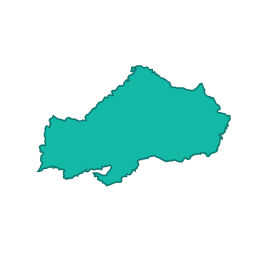 Bondo, Orientale, Democratic Republic of the Congo, rotated 339°
{"feature_id": "63176286B80368275017521", "entity_name": "Bondo", "entity_type": "district", "adm_level": 2, "iso_a3": "COD", "parent_name": "Democratic Republic of the Congo", "parent_adm1": "Orientale", "projection": "albers", "projection_center": [23.994, 4.253], "detail": "fine", "context": "isolated", "style": "filled", "palette": "teal", "viewbox_px": 256, "rotation_deg": 339, "n_neighbors": 0, "source": "geoboundaries", "source_scale": "gbopen_adm2", "svg_char_len": 5843}
<svg xmlns="http://www.w3.org/2000/svg" viewBox="0 0 256 256"><g transform="rotate(339 128 128)"><path d="M165.5,178.8L167.0,178.6L167.3,177.9L168.2,177.8L170.0,176.4L171.3,176.9L171.8,177.4L171.8,178.0L172.4,178.5L173.1,178.8L174.0,178.6L174.8,179.0L175.0,178.7L175.3,177.5L176.0,177.7L176.5,177.2L177.5,177.1L178.7,176.3L179.7,176.3L180.0,176.8L182.4,176.8L185.7,177.9L186.3,178.4L186.6,178.4L187.2,177.3L188.3,177.4L189.6,178.8L191.3,179.4L191.6,179.8L191.7,180.1L191.4,180.7L191.5,182.0L192.3,183.2L192.7,183.3L193.8,183.2L196.3,181.4L198.2,181.8L199.3,181.6L200.3,181.9L200.9,181.6L202.0,181.7L202.6,181.5L202.9,181.3L203.2,180.3L204.0,180.1L203.8,179.3L204.1,178.7L205.1,178.0L205.8,176.9L206.7,176.8L207.5,175.8L207.7,175.2L208.5,174.4L209.7,171.4L210.3,171.2L210.5,170.3L210.8,170.3L211.3,171.5L211.8,172.0L212.1,172.0L212.5,171.1L212.0,170.0L212.2,168.8L210.5,167.8L211.2,166.6L211.5,166.5L212.4,166.7L214.0,167.7L214.6,167.0L215.1,167.2L215.7,167.0L216.1,166.2L217.2,166.4L217.7,165.5L217.6,164.8L218.8,163.0L219.4,162.8L219.8,163.8L220.3,163.0L220.3,161.8L221.0,161.0L221.4,161.1L221.9,161.9L222.4,161.6L222.3,160.9L221.9,160.5L222.7,159.5L223.5,158.0L224.7,157.1L225.3,157.4L226.8,155.7L226.8,154.2L227.4,153.0L226.4,152.6L225.2,152.5L224.9,151.7L224.1,150.8L223.5,149.6L220.7,147.8L220.0,147.0L218.5,146.5L217.5,145.8L217.3,144.5L217.8,143.8L218.4,143.5L219.6,143.5L220.8,143.2L221.0,140.9L220.8,139.4L219.1,137.4L218.9,136.8L218.5,130.9L217.8,129.9L215.9,129.7L216.3,129.1L216.0,128.5L213.9,127.1L213.0,126.2L212.1,124.3L212.0,123.2L212.3,121.6L213.1,120.0L213.1,119.3L212.7,116.8L212.9,113.0L212.6,112.8L210.9,112.7L207.2,115.1L202.4,116.3L200.9,115.9L196.2,113.1L194.1,110.6L187.5,107.9L186.5,106.8L185.6,106.6L183.4,105.3L182.9,104.9L183.2,100.6L181.4,98.6L180.2,96.1L179.4,95.5L179.0,94.4L177.3,93.6L176.7,93.0L176.2,92.3L175.9,91.0L175.0,90.0L175.1,89.3L173.6,88.4L173.6,87.2L172.9,86.5L173.0,85.7L172.7,85.0L171.1,85.4L170.5,85.2L170.3,84.9L171.1,84.0L171.4,83.2L171.6,82.5L171.5,81.9L168.9,81.6L168.2,79.1L167.6,78.0L164.5,77.6L163.4,76.8L162.8,75.1L162.5,74.8L160.0,74.0L159.4,73.6L157.4,73.3L156.4,73.7L156.4,74.3L157.0,75.5L157.0,75.9L156.2,76.2L154.4,72.9L153.7,72.7L153.3,73.0L152.8,73.7L152.4,75.2L151.4,75.6L151.2,76.1L151.9,77.0L153.3,76.6L154.1,76.7L154.5,77.1L154.6,77.9L153.4,78.5L152.3,79.4L150.6,79.3L149.6,79.8L148.8,79.5L147.5,79.7L145.9,81.2L145.8,81.8L146.5,83.2L146.2,83.9L145.9,84.0L144.5,84.2L144.5,82.8L143.4,82.6L140.6,84.5L139.1,86.5L137.0,86.6L135.8,85.6L135.1,85.5L133.7,85.9L130.9,88.0L128.8,88.4L127.6,87.6L126.5,87.6L125.6,88.8L125.9,90.5L125.7,92.3L125.0,92.2L123.4,90.6L122.2,90.4L120.9,90.9L120.0,91.8L119.1,92.2L117.6,91.6L117.6,91.0L115.9,92.1L114.2,93.9L111.8,94.0L110.6,93.8L109.7,94.0L107.3,95.3L105.4,97.5L104.5,97.5L103.9,97.2L103.2,98.0L101.9,97.5L98.6,99.8L98.3,99.8L98.7,99.6L97.9,99.8L96.3,101.0L94.0,101.0L93.5,101.2L91.8,102.6L91.7,105.9L90.7,105.9L88.8,104.5L86.0,104.6L84.9,104.3L83.8,102.9L82.5,102.4L82.4,101.6L81.5,100.5L79.1,99.9L78.2,99.0L77.2,97.6L76.3,97.0L74.4,96.9L71.5,98.7L68.2,95.9L66.3,95.0L64.0,92.1L62.6,89.8L60.4,91.8L58.2,91.6L57.4,92.6L57.1,94.1L58.1,95.4L57.8,95.8L56.3,96.7L56.1,98.1L55.6,98.7L55.2,99.0L54.7,98.9L53.1,97.1L52.6,96.9L50.8,98.3L50.3,98.9L50.3,99.8L50.0,100.5L49.0,102.4L47.7,103.8L47.5,104.4L47.2,106.0L47.1,108.8L45.6,110.8L45.4,112.6L44.9,113.9L44.2,114.6L43.7,114.5L43.2,114.2L42.6,113.3L40.3,113.1L38.5,113.9L38.4,117.1L37.6,118.4L37.9,119.2L39.8,119.9L40.0,120.3L39.8,121.7L39.1,121.8L36.9,123.1L36.5,123.6L34.9,127.4L35.0,128.3L35.7,129.1L35.3,130.4L34.1,131.6L33.4,132.0L31.7,133.9L30.1,135.0L29.2,136.0L28.6,136.2L29.7,136.7L30.6,136.5L32.0,136.9L33.3,136.1L35.1,135.5L37.5,136.4L40.4,136.0L41.6,136.9L42.8,136.3L43.2,136.4L43.6,138.3L44.5,138.8L45.8,137.6L46.3,138.9L47.1,139.4L47.9,139.5L48.8,141.4L48.7,142.3L49.8,142.4L50.5,142.1L51.3,143.0L52.1,143.0L53.7,145.1L52.7,145.4L51.9,146.5L51.2,148.3L51.3,149.9L50.3,150.4L50.2,151.6L52.2,153.5L53.0,153.3L53.1,153.8L54.1,153.2L54.4,153.3L54.8,153.9L55.7,154.3L56.5,153.9L57.8,154.9L59.6,153.9L60.9,153.8L61.5,153.3L62.2,153.3L62.5,153.8L63.3,154.2L63.5,154.7L64.5,153.9L64.9,153.9L65.5,153.3L66.2,153.4L67.3,153.2L67.9,153.6L68.6,153.2L69.1,153.6L69.8,153.3L70.4,152.7L71.0,152.4L71.7,152.9L73.2,153.0L74.0,152.1L73.7,153.6L74.0,154.1L75.6,154.2L76.2,153.8L76.8,153.8L77.5,153.0L78.7,153.1L80.5,154.0L80.5,154.3L81.4,154.8L82.4,154.8L83.2,155.1L83.4,154.9L84.1,155.1L84.9,154.9L84.8,155.3L85.0,155.6L85.7,155.4L86.3,156.1L87.5,156.6L87.9,157.3L89.3,156.6L90.0,155.6L89.9,155.0L90.7,155.1L91.9,155.7L93.4,155.3L93.7,156.0L95.1,156.3L98.1,156.0L98.3,156.8L98.3,157.8L98.2,158.7L97.8,159.4L95.5,161.4L95.2,161.6L94.2,161.6L93.0,162.9L92.0,163.1L91.2,164.2L90.3,164.3L86.7,162.8L84.9,160.5L82.4,158.6L81.0,158.3L79.7,157.6L79.3,158.1L80.5,159.7L80.0,160.1L79.5,161.4L81.9,161.9L82.7,163.0L81.7,163.9L81.4,165.3L81.9,165.3L82.8,167.0L84.9,168.1L84.6,170.0L85.0,170.3L85.8,170.2L86.1,170.7L86.3,171.6L87.0,172.6L87.2,173.9L87.7,174.3L97.5,174.2L99.6,175.2L102.4,175.9L103.2,174.8L103.3,173.9L103.8,172.8L105.2,171.5L107.2,171.9L109.3,172.8L109.9,171.0L110.7,170.8L112.2,171.9L113.0,172.2L113.5,172.2L114.9,171.5L116.0,170.5L117.2,168.7L117.8,169.1L119.1,170.7L120.5,168.6L121.2,168.5L121.6,169.0L121.8,168.9L123.5,166.9L124.8,166.0L125.0,164.1L124.6,163.2L125.2,162.1L127.8,161.7L129.6,162.3L130.6,161.9L131.8,162.6L132.3,162.6L132.9,162.2L134.3,163.1L134.9,163.0L135.5,163.4L137.2,162.6L138.8,162.4L139.6,162.8L140.4,162.7L141.4,163.3L143.2,163.5L143.8,164.0L144.2,165.4L145.3,166.0L146.8,167.5L147.6,168.7L148.6,169.0L149.2,170.7L149.6,170.6L150.5,171.8L151.2,172.0L151.5,173.0L153.0,173.0L154.7,173.6L155.4,173.4L156.1,173.7L156.8,174.4L158.4,173.9L159.2,174.7L160.1,174.5L160.9,175.1L161.2,175.7L162.8,177.2L165.5,178.8Z" fill="#14b8a6" stroke="#0f766e" stroke-width="1.5"/></g></svg>